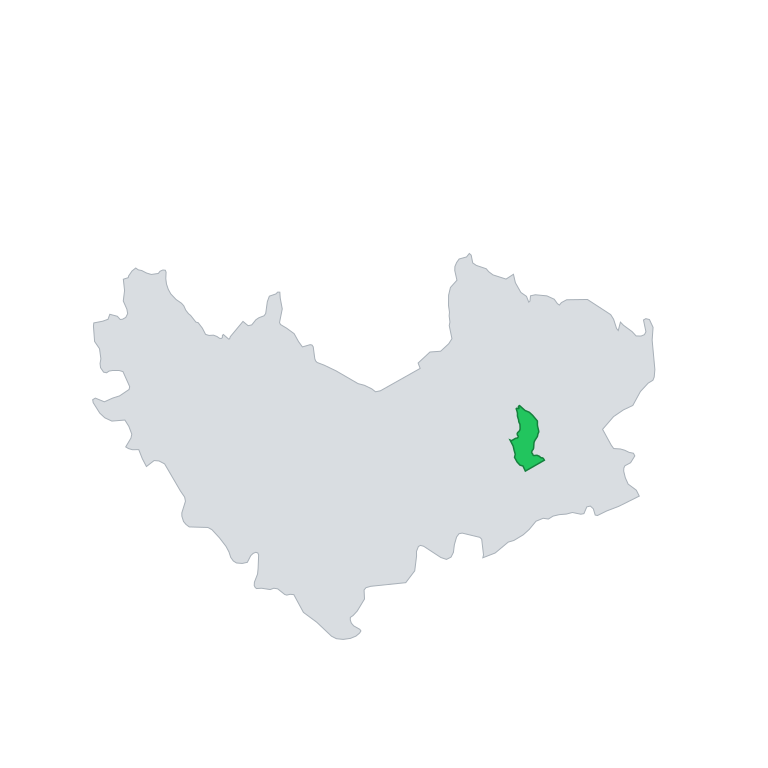 location of Lélouma within Guinea, rotated 151°
{"feature_id": "GIN-5649", "entity_name": "Lélouma", "entity_type": "Prefecture", "adm_level": 1, "iso_a3": "GIN", "parent_name": "Guinea", "parent_adm1": "", "projection": "robinson", "projection_center": [-12.765, 11.356], "detail": "fine", "context": "in_parent", "style": "filled", "palette": "green", "viewbox_px": 768, "rotation_deg": 151, "n_neighbors": 0, "source": "natural_earth", "source_scale": "10m", "svg_char_len": 5177}
<svg xmlns="http://www.w3.org/2000/svg" viewBox="0 0 768 768"><g transform="rotate(151 384 384)"><path d="M461.3,502.6L455.8,501.8L453.3,503.0L446.1,512.6L441.7,516.4L434.9,515.2L432.4,515.9L430.6,514.8L433.1,509.5L436.6,499.0L445.6,488.4L445.7,486.2L442.1,480.0L438.2,471.6L438.2,462.5L437.4,456.0L429.5,454.2L428.1,453.0L427.9,450.8L432.3,439.6L432.6,437.3L432.1,435.3L427.2,429.5L419.6,418.8L406.5,396.9L401.7,392.3L397.0,385.6L395.2,381.3L390.4,379.8L344.8,380.1L344.0,385.8L328.3,389.7L318.6,385.2L307.9,387.8L302.6,390.7L298.6,403.5L296.3,406.2L294.0,412.0L291.9,415.1L289.5,421.4L284.4,430.4L279.1,436.2L269.9,439.4L267.1,448.9L265.0,452.4L261.5,455.1L257.7,456.9L250.2,455.1L246.1,456.8L245.3,454.4L247.7,446.9L245.8,443.0L238.7,435.2L238.0,431.5L235.8,426.6L226.4,416.6L217.6,417.2L220.0,408.9L219.9,397.7L216.9,391.6L217.7,385.4L216.1,385.8L213.1,390.1L208.4,388.7L198.8,382.1L194.0,375.6L193.4,370.2L192.3,368.0L189.4,369.2L183.4,369.1L165.1,359.3L152.1,334.8L151.8,329.3L153.7,319.8L153.2,317.2L147.2,323.5L146.1,319.3L141.6,309.5L140.2,303.8L135.9,301.3L132.3,300.9L129.6,302.7L126.0,314.2L123.3,314.2L120.6,311.7L121.2,303.1L128.2,292.4L140.1,265.3L144.3,259.1L147.0,256.9L152.5,256.7L163.4,253.1L176.8,244.6L187.0,245.3L199.0,244.2L214.8,238.4L214.9,220.3L214.4,216.2L208.8,212.6L205.6,209.4L202.8,205.4L199.4,202.5L199.5,199.5L206.5,195.6L212.9,195.7L215.0,194.2L216.6,191.6L218.4,185.0L219.0,178.1L214.8,168.8L215.1,162.2L238.1,163.2L250.8,165.0L261.1,165.5L262.8,167.0L261.4,173.4L262.7,177.2L266.2,178.2L272.0,173.7L275.0,174.7L281.5,180.3L287.5,181.8L294.1,184.8L300.2,186.5L305.7,186.2L309.9,189.4L317.6,190.3L327.5,186.4L335.3,184.6L346.3,184.2L352.0,185.5L368.7,182.3L381.8,184.1L379.8,186.3L373.8,200.9L374.5,203.4L387.9,215.7L391.0,216.7L394.7,215.0L400.4,209.3L404.9,203.1L409.3,200.1L414.4,200.3L418.4,204.7L428.0,222.9L430.4,225.2L432.7,225.2L436.8,221.8L438.9,217.8L447.7,205.7L461.3,199.7L493.7,213.5L498.5,214.6L501.3,213.5L505.3,205.4L517.5,198.4L523.3,196.5L526.6,196.2L527.9,194.0L528.5,190.7L527.8,187.2L524.1,181.1L523.9,179.2L526.1,178.0L530.7,177.1L536.7,177.8L543.5,180.4L549.1,184.3L552.2,188.9L558.3,208.2L565.2,223.3L565.0,243.5L568.1,245.6L571.4,246.5L572.9,248.1L576.3,256.4L579.4,258.8L583.2,259.4L590.2,264.8L594.7,266.9L595.3,268.5L595.2,270.7L593.4,273.5L586.7,279.1L583.4,283.9L576.5,295.3L576.3,297.5L577.8,299.0L580.6,299.3L583.7,298.5L590.0,294.3L595.0,295.8L599.8,299.0L601.6,302.3L602.1,306.7L601.0,312.3L600.9,318.6L602.5,329.3L605.1,340.0L607.6,343.9L623.6,353.4L625.2,356.9L626.0,360.9L624.9,366.3L623.3,369.3L614.5,377.7L613.2,381.7L613.9,389.1L614.6,420.5L618.1,425.8L622.2,428.5L631.8,427.0L631.6,435.7L630.3,445.5L635.9,448.5L638.8,451.4L640.4,454.2L631.5,459.4L628.9,462.4L627.7,470.6L628.1,478.1L640.0,483.5L644.6,489.8L646.7,496.3L647.4,508.7L646.4,511.5L643.3,511.6L637.2,504.0L628.0,503.2L621.1,501.8L609.6,502.8L607.7,505.0L606.3,521.4L609.1,524.2L614.6,527.3L618.2,528.6L621.2,528.3L623.5,530.3L624.0,535.7L622.4,539.6L619.4,543.3L615.7,552.8L616.5,561.5L610.1,575.4L608.2,578.1L599.6,575.3L594.0,574.4L590.0,577.9L584.4,572.5L583.4,568.3L581.3,567.4L577.6,567.4L574.1,569.8L572.6,574.1L571.8,583.0L565.6,591.5L561.2,602.0L556.1,601.0L555.0,602.3L549.6,605.0L544.9,605.8L543.6,603.0L540.9,600.7L537.9,596.2L534.4,592.6L527.8,590.1L525.2,591.2L522.1,590.9L520.1,589.5L520.4,587.4L523.8,581.9L525.8,576.8L526.8,571.3L526.8,566.1L524.9,558.7L522.0,552.9L521.2,549.5L521.6,544.7L520.9,540.2L519.9,537.8L518.5,529.3L516.8,527.7L515.8,520.9L516.0,513.9L513.5,511.3L509.5,509.4L507.1,506.6L505.6,503.6L504.2,502.7L502.9,502.9L501.8,504.8L500.5,505.2L498.1,498.6L497.1,498.4L495.5,499.9L477.0,507.1L474.6,500.9L471.0,499.8L464.9,502.3L461.3,502.6Z" fill="#d9dde1" stroke="#a8b0b8" stroke-width="1"/><path d="M275.9,299.4L273.5,292.5L270.6,288.8L269.2,284.6L267.8,277.4L268.1,276.6L269.5,274.2L270.2,272.5L271.3,268.5L271.6,267.6L272.0,266.9L272.3,266.7L272.6,266.5L273.6,265.7L275.2,263.8L275.5,263.6L279.6,261.4L281.2,260.1L284.1,255.6L284.5,255.1L285.1,254.6L286.7,253.9L287.2,253.5L287.9,252.8L288.1,252.2L288.1,251.8L288.0,251.3L287.9,250.8L288.1,249.9L288.0,249.4L287.9,249.0L287.5,248.7L285.0,247.6L284.7,247.4L284.4,247.1L284.2,246.8L284.0,246.5L283.8,246.2L283.7,246.0L283.3,245.7L283.1,245.3L283.0,244.9L282.7,244.1L282.3,243.3L282.1,243.1L281.4,242.7L281.1,242.4L280.9,242.0L280.8,241.7L280.7,241.0L280.7,239.6L302.6,239.3L302.2,244.9L304.4,247.1L305.4,251.2L305.4,256.6L303.3,258.8L302.2,263.4L301.1,267.1L300.9,273.9L299.9,272.6L295.3,272.7L293.4,272.1L292.1,272.8L291.9,273.2L291.8,273.6L292.1,274.4L292.0,275.0L291.8,275.4L291.5,276.1L291.1,276.4L290.7,276.7L288.8,277.2L287.8,277.7L287.2,278.2L286.5,279.1L284.7,282.7L284.6,283.1L284.6,283.6L284.5,285.1L284.4,285.6L284.1,286.4L283.8,287.1L283.6,287.5L283.5,288.4L283.4,288.8L283.3,289.2L283.2,289.6L283.0,290.4L282.8,291.3L281.4,293.8L280.9,295.5L280.4,298.2L280.3,298.3L280.1,298.4L279.9,298.4L279.6,298.4L279.4,298.3L279.4,298.2L278.7,297.6L278.4,297.4L278.1,297.2L277.7,297.4L277.5,297.7L277.5,298.0L277.5,298.3L277.5,298.5L277.4,299.0L277.1,299.2L276.7,299.4L276.3,299.4L275.9,299.4Z" fill="#22c55e" stroke="#15803d" stroke-width="1.5"/></g></svg>